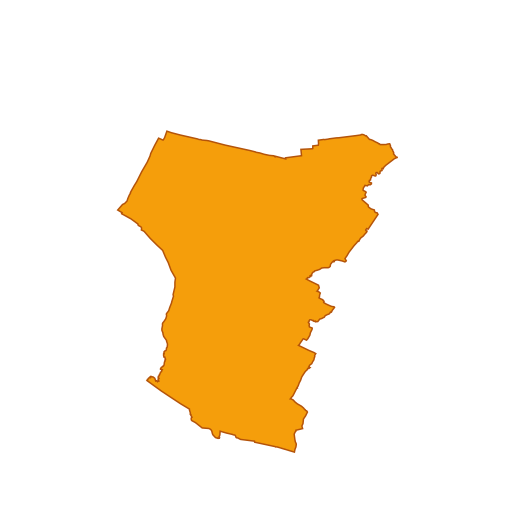 Tatulesti, Olt, Romania (Mercator projection), rotated 37°
{"feature_id": "2599482B2026044219138", "entity_name": "Tatulesti", "entity_type": "district", "adm_level": 2, "iso_a3": "ROU", "parent_name": "Romania", "parent_adm1": "Olt", "projection": "mercator", "projection_center": [24.611, 44.648], "detail": "fine", "context": "isolated", "style": "filled", "palette": "amber", "viewbox_px": 512, "rotation_deg": 37, "n_neighbors": 0, "source": "geoboundaries", "source_scale": "gbopen_adm2", "svg_char_len": 6126}
<svg xmlns="http://www.w3.org/2000/svg" viewBox="0 0 512 512"><g transform="rotate(37 256 256)"><path d="M404.7,389.5L403.5,387.0L402.8,384.5L401.6,382.3L400.9,381.6L399.2,380.7L397.4,379.1L393.7,375.3L393.2,373.1L393.3,371.9L392.7,371.2L397.1,365.8L395.2,364.4L394.8,363.7L394.4,361.6L392.0,357.6L391.8,353.7L391.0,349.7L389.8,349.2L388.4,349.5L388.0,349.2L386.6,349.1L385.6,348.8L382.7,348.6L378.0,349.2L375.0,349.1L372.4,348.6L370.0,349.0L369.4,349.4L369.4,346.8L369.6,346.1L369.5,344.8L368.1,336.9L368.5,336.6L368.0,336.2L367.8,334.2L366.9,331.4L366.4,328.4L365.3,325.0L364.9,319.3L365.0,317.5L365.3,316.5L365.2,315.0L365.0,314.8L365.9,314.0L366.3,312.6L364.9,312.9L364.8,311.8L364.6,311.4L364.6,310.7L365.3,308.4L364.9,306.6L364.7,304.1L363.7,302.0L363.6,301.1L362.8,300.3L362.5,298.7L362.5,298.0L360.4,298.2L354.9,299.6L343.7,301.8L343.9,300.6L343.7,299.0L343.5,293.9L343.8,293.5L347.0,292.8L347.2,290.9L346.7,286.9L345.6,284.5L345.0,281.2L344.7,280.3L344.2,279.7L341.4,280.5L340.9,280.1L340.3,279.6L339.6,278.2L338.7,277.8L337.9,277.7L337.6,277.1L337.8,276.6L337.7,276.1L337.4,275.7L337.3,274.8L337.4,274.5L338.4,273.8L340.2,273.4L340.4,273.1L341.0,273.4L341.2,273.1L341.9,273.1L342.3,272.9L342.6,272.3L343.3,272.6L343.4,272.3L343.6,272.3L344.8,271.2L344.9,268.0L346.2,266.3L346.6,265.2L347.2,264.2L347.4,263.6L347.2,262.6L347.3,261.8L348.2,259.9L349.2,258.4L349.4,257.5L349.2,256.0L349.9,255.7L350.0,255.3L349.6,253.4L349.7,251.0L349.6,249.7L348.8,249.6L347.3,250.5L346.0,251.0L341.1,252.1L338.6,252.4L338.0,252.4L337.6,251.2L336.1,251.1L335.7,250.7L332.9,251.4L331.5,251.5L331.3,250.5L330.3,248.9L329.6,246.9L328.0,246.8L325.9,247.3L326.1,246.7L325.8,245.4L325.7,243.4L323.5,241.7L313.6,243.6L310.2,244.1L310.5,243.6L310.2,243.1L310.4,242.7L310.2,242.2L311.3,241.5L311.5,240.3L312.1,239.4L312.0,239.2L311.1,239.1L311.2,238.7L312.2,238.1L311.5,237.0L311.2,235.7L311.4,234.2L312.0,233.3L311.8,232.6L313.4,230.6L314.9,228.4L315.7,226.1L317.4,224.4L320.7,221.9L321.2,221.1L321.5,219.7L320.6,217.9L320.5,217.3L320.6,214.5L320.7,214.1L321.3,214.1L321.8,213.6L321.9,213.3L321.1,212.7L322.6,210.8L323.6,210.0L327.8,208.1L330.6,207.2L331.0,206.0L331.0,205.5L328.6,204.5L328.5,201.1L328.0,197.0L328.1,188.7L328.5,184.5L328.4,183.3L328.6,182.7L329.2,182.6L329.3,182.3L328.9,180.6L328.8,178.6L329.7,175.3L329.7,173.5L330.0,170.4L329.7,169.3L328.6,169.6L328.1,169.4L327.9,169.1L327.9,167.4L329.4,167.1L328.4,149.3L326.6,148.6L325.5,149.3L324.0,149.2L322.8,148.0L319.6,149.1L317.1,149.2L316.0,149.0L315.0,147.8L307.1,147.3L306.3,146.8L306.1,146.3L308.4,143.2L308.3,142.5L306.5,141.9L306.0,140.9L305.6,138.8L304.9,138.6L302.1,139.1L301.5,138.5L300.7,136.7L300.8,134.9L300.5,134.3L300.5,134.0L302.8,132.9L302.9,131.3L304.3,130.5L304.8,129.0L304.3,128.2L303.5,128.3L302.3,129.0L301.4,128.3L301.1,127.3L301.7,126.4L300.9,125.0L300.7,123.3L300.1,122.6L300.1,122.1L300.5,121.3L300.8,121.1L302.8,120.5L303.4,120.1L303.4,119.7L303.1,118.8L302.0,118.0L301.8,117.5L301.8,117.0L302.5,116.4L304.4,116.7L305.1,116.0L305.2,115.3L304.2,113.8L304.3,113.1L305.0,112.3L305.2,111.9L304.1,110.7L303.9,110.2L304.2,109.8L305.0,109.8L304.7,107.9L305.1,105.3L307.9,95.2L308.7,93.6L309.8,91.9L308.8,92.5L307.9,92.5L304.4,91.7L304.1,91.0L303.5,90.4L302.0,89.8L301.0,88.9L299.9,88.8L298.8,88.2L297.8,88.0L296.9,86.9L295.2,85.9L293.6,87.5L292.8,88.7L288.1,92.3L287.1,92.1L286.5,92.5L285.4,92.4L282.7,93.0L279.7,93.4L277.5,94.0L276.5,94.6L271.7,93.6L271.3,94.1L269.1,94.3L267.6,95.0L266.9,95.7L266.9,96.2L263.2,99.9L250.7,112.0L249.1,113.3L244.0,118.3L243.3,119.2L240.7,121.8L240.0,122.1L236.1,126.0L238.3,128.6L239.1,130.0L235.1,133.9L236.7,136.0L236.4,136.5L227.7,143.8L232.0,148.5L220.5,159.8L221.3,160.6L211.4,164.7L211.7,165.1L211.1,165.4L210.2,165.2L209.8,165.3L206.1,167.6L201.2,169.9L197.0,171.4L193.7,173.1L192.7,173.3L187.7,175.4L164.6,186.0L149.1,192.4L147.3,193.3L143.3,195.8L141.6,196.4L140.5,197.2L138.6,197.8L122.6,205.0L114.1,208.5L109.7,209.9L111.8,216.5L112.1,219.1L111.9,219.4L107.3,220.5L108.5,228.5L110.2,237.4L111.2,239.9L112.7,246.6L114.0,257.5L116.0,268.4L116.4,272.9L117.3,279.6L117.6,281.1L117.9,281.3L118.2,283.8L119.1,287.4L119.9,289.6L119.5,293.1L118.4,295.2L117.9,302.5L123.0,302.0L123.2,303.1L123.5,303.1L133.8,301.6L142.5,301.5L143.0,302.1L143.7,302.4L146.2,302.0L147.4,302.2L148.1,303.0L148.8,304.2L151.2,303.7L152.0,303.7L161.0,305.6L170.3,306.9L178.1,307.7L184.4,311.4L189.9,314.1L196.7,318.5L205.0,322.1L207.0,325.7L209.9,329.6L213.0,336.7L214.3,337.8L216.2,343.1L216.8,344.4L218.1,349.1L219.2,352.2L219.2,355.8L219.4,356.4L220.4,357.3L220.9,358.2L221.7,360.4L221.9,363.9L221.8,365.3L222.1,366.5L223.2,367.8L224.6,370.7L225.6,372.0L227.9,373.4L228.7,374.3L230.7,375.8L235.4,377.3L236.0,378.0L237.7,379.1L238.7,380.1L239.4,381.4L239.9,382.1L239.9,383.5L240.4,384.1L240.9,385.2L240.9,385.9L240.4,386.5L240.2,387.8L240.4,388.3L241.2,388.8L241.3,389.0L241.0,389.6L241.1,389.8L241.7,390.1L241.7,390.7L243.3,392.1L243.8,391.6L244.1,391.6L244.5,392.1L245.4,392.5L245.5,393.1L246.1,393.2L246.3,394.6L246.6,394.7L246.7,395.8L248.0,398.1L248.3,399.1L248.2,400.1L247.8,400.3L247.9,400.9L247.4,402.0L247.7,403.8L248.0,403.9L249.5,403.2L249.6,404.0L250.1,405.2L249.7,406.3L250.3,408.0L250.1,408.7L250.7,409.5L250.4,410.9L251.1,411.4L251.0,411.9L251.3,412.3L252.2,412.3L252.0,413.2L252.3,413.8L252.6,413.7L253.7,414.4L253.2,415.0L253.0,415.7L251.7,415.4L251.2,416.2L248.8,414.6L246.9,414.5L246.0,414.8L245.6,415.3L244.5,415.3L244.1,416.5L244.7,416.9L244.0,417.5L243.7,418.3L243.9,419.8L243.6,420.0L243.7,420.4L244.0,420.6L243.9,421.1L261.8,420.8L284.7,419.4L295.0,418.3L295.5,419.0L298.1,420.9L298.6,421.9L299.4,421.8L299.6,422.3L301.9,423.3L301.7,423.8L301.9,424.6L302.9,425.8L303.8,426.1L307.8,425.5L316.5,425.7L322.2,422.1L324.0,421.8L325.0,422.0L326.0,422.4L328.2,424.2L329.4,424.8L332.9,425.4L335.2,424.6L335.1,424.3L336.0,424.0L336.4,423.6L336.0,422.7L335.3,422.6L334.9,420.8L332.8,417.5L338.9,415.2L344.5,412.7L345.5,412.5L346.7,411.8L347.5,411.8L349.3,412.9L349.8,412.9L350.9,412.3L354.0,411.8L366.2,404.8L367.0,405.5L386.0,396.7L386.6,396.7L387.5,395.9L404.7,389.5Z" fill="#f59e0b" stroke="#b45309" stroke-width="1.5"/></g></svg>